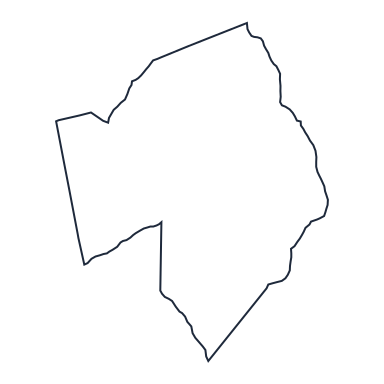 Cardoso Moreira, Rio de Janeiro, Brazil
{"feature_id": "56859067B73985712158320", "entity_name": "Cardoso Moreira", "entity_type": "district", "adm_level": 2, "iso_a3": "BRA", "parent_name": "Brazil", "parent_adm1": "Rio de Janeiro", "projection": "equal_earth", "projection_center": [-41.484, -21.537], "detail": "fine", "context": "isolated", "style": "outline", "palette": "slate", "viewbox_px": 384, "rotation_deg": 0, "n_neighbors": 0, "source": "geoboundaries", "source_scale": "gbopen_adm2", "svg_char_len": 1863}
<svg xmlns="http://www.w3.org/2000/svg" viewBox="0 0 384 384"><path d="M153.1,60.4L150.6,63.7L148.8,66.2L146.1,69.3L144.2,71.7L141.2,75.3L138.2,78.2L135.6,79.9L132.0,81.3L131.5,85.0L129.3,88.4L127.4,94.0L125.0,99.5L120.8,102.8L117.3,106.7L113.7,109.8L110.8,114.8L109.0,117.9L108.1,122.7L103.1,120.8L99.5,118.3L91.0,112.5L79.3,115.5L58.7,120.2L56.1,121.3L64.3,164.1L69.4,190.4L77.7,234.0L78.4,238.0L84.3,264.6L87.6,263.1L91.5,258.8L95.5,256.5L99.8,255.3L103.6,254.0L106.9,253.4L109.3,251.6L112.4,249.9L117.2,246.8L120.5,242.5L122.9,241.0L126.5,240.1L130.4,237.6L133.1,235.1L135.7,233.2L139.9,230.7L143.8,228.5L147.3,227.5L150.5,226.5L153.4,226.5L156.5,225.5L159.1,224.2L161.4,222.2L160.3,290.6L162.0,293.7L164.8,296.9L168.9,298.9L172.1,301.0L175.7,306.6L179.5,311.6L182.1,313.1L185.1,316.6L187.3,321.8L191.3,326.4L192.6,333.2L195.3,337.8L202.8,346.5L205.4,350.0L206.2,356.5L208.3,361.0L266.6,288.3L268.3,284.5L272.5,283.3L277.0,282.1L281.8,280.9L285.4,278.3L287.8,274.8L289.8,270.4L290.0,265.9L290.6,261.5L291.3,257.3L291.3,253.2L291.0,248.8L294.5,246.2L297.4,241.8L299.8,238.6L302.0,234.9L303.7,231.8L305.5,227.8L309.5,224.5L311.0,221.6L314.2,220.5L317.1,219.5L319.8,218.3L324.1,216.0L325.4,212.2L326.4,208.7L327.6,205.0L327.9,199.8L326.5,195.4L325.1,191.3L324.3,186.3L322.6,182.5L320.8,178.6L319.3,175.7L317.5,171.9L316.2,166.8L316.2,161.8L316.4,157.1L315.5,150.8L313.3,145.1L310.0,140.6L307.7,136.2L305.2,132.4L303.3,128.8L300.9,125.5L300.7,121.5L296.9,120.6L294.9,116.4L292.8,112.9L289.7,109.4L285.5,106.7L281.9,105.3L280.1,102.1L280.7,96.8L280.4,91.1L280.5,85.9L279.9,79.3L280.1,73.8L278.4,70.1L276.4,66.2L273.8,64.1L271.3,60.5L269.5,56.6L268.3,52.9L265.9,49.0L264.1,45.7L262.9,41.3L260.8,38.4L257.5,37.3L254.1,36.9L251.5,35.9L249.2,32.5L247.5,29.1L246.9,23.0L188.7,46.0L160.9,57.4L157.4,58.9L153.1,60.4Z" fill="none" stroke="#1e293b" stroke-width="2"/></svg>